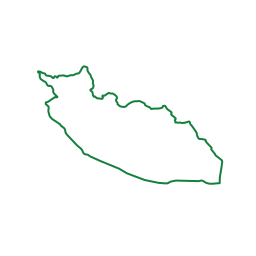 the State of Terengganu, rotated 143°
{"feature_id": "MYS-1149", "entity_name": "Terengganu", "entity_type": "State", "adm_level": 1, "iso_a3": "MYS", "parent_name": "Malaysia", "parent_adm1": "", "projection": "mercator", "projection_center": [102.939, 4.865], "detail": "fine", "context": "isolated", "style": "outline", "palette": "green", "viewbox_px": 256, "rotation_deg": 143, "n_neighbors": 0, "source": "natural_earth", "source_scale": "10m", "svg_char_len": 4703}
<svg xmlns="http://www.w3.org/2000/svg" viewBox="0 0 256 256"><g transform="rotate(143 128 128)"><path d="M88.1,28.8L88.9,29.4L94.2,32.7L96.5,34.5L98.5,37.0L99.8,40.2L100.8,41.8L103.5,43.0L121.4,57.2L125.7,59.3L129.8,60.1L131.4,61.2L136.6,65.8L145.9,76.3L156.1,92.4L159.6,100.9L169.5,117.5L175.4,128.2L175.9,130.2L176.3,130.9L178.1,132.9L178.6,133.9L178.7,135.1L177.9,138.0L178.1,140.3L179.1,144.5L180.8,159.7L180.6,162.0L179.6,163.8L179.0,165.8L180.2,170.3L180.0,171.8L183.2,181.0L183.5,184.1L183.2,185.2L181.8,188.7L181.1,189.9L180.4,190.5L179.0,192.2L178.6,193.0L178.7,193.8L179.3,196.5L178.7,197.5L178.1,197.8L177.7,197.6L177.0,197.3L175.7,197.0L168.4,196.7L168.0,196.6L167.7,196.5L167.5,196.3L167.3,196.0L167.1,195.8L166.8,195.6L165.9,195.3L165.7,195.4L165.7,195.8L166.0,197.7L166.0,198.1L166.3,199.6L166.3,200.4L166.2,201.2L166.0,201.6L165.9,201.9L165.6,202.5L165.4,202.7L164.9,203.2L164.7,203.4L164.6,203.7L164.2,206.0L164.1,206.4L164.2,206.8L164.3,207.6L164.4,207.9L164.5,208.2L164.8,208.5L165.0,208.7L165.6,209.0L165.9,209.2L166.1,209.4L166.3,209.7L166.5,210.3L166.6,211.1L166.5,211.5L166.5,211.9L166.3,212.6L166.2,213.4L166.2,213.8L166.2,214.2L166.4,214.6L166.4,214.8L167.2,216.4L168.1,219.1L168.2,219.4L168.2,219.8L168.2,220.2L167.9,221.3L167.7,222.0L167.2,222.7L166.8,223.3L166.5,223.5L166.3,223.7L166.1,223.9L165.9,224.2L165.8,224.5L166.2,226.8L166.1,227.1L165.9,227.2L165.5,227.1L164.8,226.5L164.4,226.0L164.1,225.6L163.2,223.5L162.9,222.9L161.7,221.7L161.6,221.3L161.6,220.9L161.7,220.2L161.7,219.8L161.7,219.5L161.6,219.2L161.2,218.6L159.6,217.1L158.8,216.1L158.4,215.5L158.2,215.0L158.2,214.8L158.0,213.3L157.8,213.0L157.5,212.8L156.7,212.9L156.3,213.1L155.9,213.3L155.6,213.4L155.2,213.2L154.8,212.8L154.6,212.4L154.4,212.0L154.4,211.2L154.2,210.9L153.9,210.8L153.3,210.9L152.6,211.4L152.2,211.4L151.5,211.2L149.2,209.6L148.6,209.3L148.1,208.9L147.7,208.6L147.3,208.0L147.1,207.8L146.9,207.6L146.6,207.4L146.5,207.1L146.4,206.8L146.2,206.5L146.0,206.2L145.7,206.0L145.4,205.9L141.9,204.6L141.2,204.1L140.8,203.7L140.4,203.4L139.8,203.1L137.0,202.5L135.7,202.1L135.4,201.9L135.1,201.7L134.7,201.3L133.1,201.5L127.7,203.8L126.7,203.9L126.4,203.8L126.1,203.7L125.8,203.5L125.6,203.2L125.2,202.7L124.2,201.1L124.2,200.7L124.3,200.2L125.6,198.6L125.8,198.1L125.9,197.4L126.1,196.0L126.2,195.2L126.0,193.5L127.0,189.6L127.3,187.8L127.3,187.4L127.5,186.9L127.9,186.2L128.8,185.4L129.2,184.8L129.7,183.2L129.9,182.7L130.3,182.2L131.3,181.4L131.9,181.1L132.4,180.9L132.8,180.9L133.2,181.0L134.0,181.2L134.3,181.2L135.0,181.1L135.3,180.8L135.4,180.5L134.8,178.9L134.9,178.3L135.1,177.5L135.8,176.1L136.4,174.7L136.3,173.4L135.6,173.3L135.4,173.0L135.3,172.2L135.1,171.1L135.0,170.8L134.8,170.4L131.4,167.1L130.9,166.9L130.5,166.9L130.2,167.1L130.0,167.3L129.7,167.5L129.6,167.8L129.4,168.6L129.3,168.9L129.0,169.0L128.7,169.1L128.4,168.9L127.9,168.3L127.6,168.1L127.3,168.0L126.9,167.9L125.7,167.8L125.3,167.9L124.5,167.9L124.2,167.8L123.9,167.7L122.6,167.7L122.2,167.5L121.8,167.0L121.2,166.1L120.4,165.4L119.6,164.9L119.3,164.3L119.0,163.6L118.4,161.8L118.2,160.8L118.2,159.9L118.4,159.1L118.6,158.7L118.9,158.4L119.2,158.2L120.2,157.9L120.5,157.7L120.8,157.5L120.9,157.3L121.1,156.9L121.2,156.6L121.3,154.4L121.5,154.0L121.8,153.7L122.0,153.3L121.9,152.7L121.6,151.5L121.5,150.9L121.2,150.0L121.0,149.8L120.1,148.7L118.3,147.0L116.8,146.5L114.0,146.9L112.3,146.8L110.4,146.6L109.8,146.4L109.2,146.3L107.3,145.7L106.3,145.1L104.5,143.8L102.9,142.9L102.1,141.8L100.0,137.8L100.5,136.3L100.4,135.5L99.5,133.4L99.2,133.0L98.9,132.6L98.4,131.9L98.2,131.1L98.1,129.6L97.8,129.1L97.5,128.8L96.8,128.6L96.4,128.4L91.5,124.9L89.0,123.8L88.6,123.7L88.3,123.7L88.0,123.7L87.7,123.9L87.5,124.2L87.2,124.4L86.7,124.4L85.6,123.9L85.2,123.5L85.0,123.1L85.2,121.1L85.3,120.3L85.1,118.7L84.2,115.9L84.0,115.1L84.0,114.6L83.9,114.5L83.9,114.4L84.0,114.2L84.1,113.9L84.3,113.7L84.5,113.5L84.8,113.3L85.1,113.2L85.3,112.9L85.4,112.4L84.2,107.5L84.2,106.9L84.4,106.7L84.7,106.5L85.4,106.3L85.7,106.2L85.9,105.9L85.9,105.6L86.0,105.2L86.1,104.9L86.6,104.4L86.8,103.9L86.6,103.7L85.8,103.1L84.8,102.0L84.4,101.7L84.2,101.6L83.8,101.4L83.4,101.2L82.9,100.8L81.6,99.2L81.3,99.0L80.5,98.7L80.0,98.2L79.7,98.0L79.3,97.9L78.9,97.9L78.5,97.8L78.2,97.7L77.7,97.3L77.4,97.1L76.1,96.8L75.4,96.5L75.2,96.1L75.1,95.7L75.7,94.0L75.9,93.3L75.9,92.9L75.9,92.5L75.7,91.0L75.9,85.2L76.1,82.9L76.3,82.5L77.5,80.0L77.9,77.5L77.8,76.6L77.3,76.1L75.1,74.2L73.5,72.2L73.3,71.7L73.4,71.3L73.7,71.2L73.9,70.3L73.9,68.6L73.2,62.7L73.3,61.7L74.1,61.2L74.2,60.9L74.4,60.6L74.2,55.2L74.5,53.5L74.4,52.9L74.2,51.9L73.9,51.3L72.5,45.7L73.0,44.4L76.6,40.7L84.2,33.5L87.9,28.9L88.1,28.8Z" fill="none" stroke="#15803d" stroke-width="2"/></g></svg>